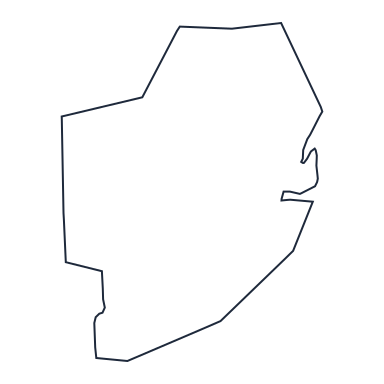 the district of Union Vale, Soufrière, Saint Lucia
{"feature_id": "8701671B13319398950854", "entity_name": "Union Vale", "entity_type": "district", "adm_level": 2, "iso_a3": "LCA", "parent_name": "Saint Lucia", "parent_adm1": "Soufrière", "projection": "natural_earth1", "projection_center": [-61.055, 13.811], "detail": "fine", "context": "isolated", "style": "outline", "palette": "slate", "viewbox_px": 384, "rotation_deg": 0, "n_neighbors": 0, "source": "geoboundaries", "source_scale": "gbopen_adm2", "svg_char_len": 928}
<svg xmlns="http://www.w3.org/2000/svg" viewBox="0 0 384 384"><path d="M290.1,199.7L286.5,200.0L281.5,200.5L281.6,198.8L283.6,191.6L288.0,191.6L289.9,191.6L299.9,193.9L301.4,193.2L315.1,186.2L315.6,185.1L317.0,182.3L317.2,181.6L317.8,178.7L317.5,175.6L316.4,165.6L316.7,158.8L316.8,155.5L316.3,153.0L315.7,150.2L315.1,149.2L314.7,148.6L311.0,151.4L310.5,152.2L307.1,158.7L305.6,160.7L303.9,162.9L303.0,163.0L301.6,162.2L301.2,161.9L301.5,161.3L302.8,158.7L303.2,150.0L307.3,139.1L310.1,134.8L313.3,128.6L319.6,116.2L322.3,111.6L320.8,107.0L281.1,23.0L231.9,28.7L179.8,26.6L177.0,30.9L142.3,97.3L61.7,116.5L61.8,119.1L63.5,212.9L63.9,219.9L65.8,262.2L101.9,271.2L102.8,288.7L103.1,299.3L104.1,304.2L104.8,307.6L102.5,312.7L99.3,313.7L95.7,317.2L94.3,323.0L95.2,347.4L96.3,358.0L127.4,361.0L202.5,328.9L220.5,321.1L284.6,259.2L289.9,254.0L293.1,250.9L312.8,201.7L290.1,199.7Z" fill="none" stroke="#1e293b" stroke-width="2"/></svg>